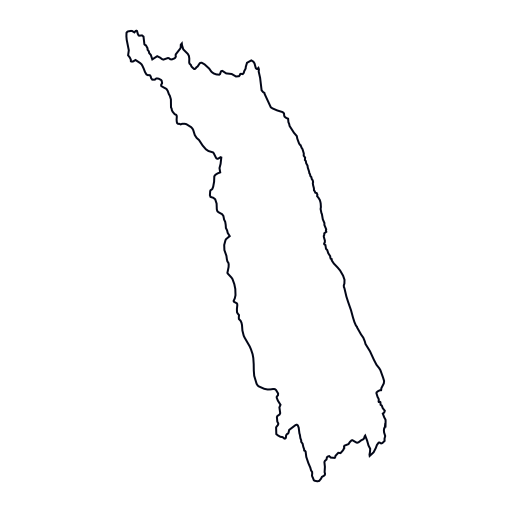 the district of Huallaga, San Martín, Peru
{"feature_id": "86281439B12799779720524", "entity_name": "Huallaga", "entity_type": "district", "adm_level": 2, "iso_a3": "PER", "parent_name": "Peru", "parent_adm1": "San Martín", "projection": "equal_earth", "projection_center": [-76.922, -6.751], "detail": "fine", "context": "isolated", "style": "outline", "palette": "ink", "viewbox_px": 512, "rotation_deg": 0, "n_neighbors": 0, "source": "geoboundaries", "source_scale": "gbopen_adm2", "svg_char_len": 5993}
<svg xmlns="http://www.w3.org/2000/svg" viewBox="0 0 512 512"><path d="M344.4,283.5L344.5,279.8L343.1,275.7L340.1,270.5L337.7,267.6L333.8,263.5L331.8,260.5L331.7,259.1L330.7,258.7L330.3,257.5L330.2,256.2L328.3,253.3L327.2,250.0L326.0,248.8L325.4,245.0L324.4,244.4L324.1,243.9L324.2,243.3L324.8,242.4L324.9,240.7L323.8,236.8L323.8,235.8L324.2,235.1L324.3,233.3L326.3,231.8L325.9,230.3L326.2,229.3L324.4,225.0L324.4,223.0L322.8,219.3L321.9,214.1L321.4,213.0L320.6,209.0L320.9,207.1L320.7,203.6L320.4,202.0L319.8,200.0L318.6,198.0L317.1,196.1L317.4,194.8L316.7,193.1L315.3,192.7L314.7,191.2L314.0,190.4L313.9,188.2L313.1,185.2L312.8,183.1L313.1,182.1L312.7,180.3L311.8,179.1L311.3,177.0L310.4,176.1L310.0,174.2L309.3,173.1L309.1,171.6L307.8,167.7L307.5,165.6L306.2,163.3L305.8,161.0L304.9,160.0L305.1,157.6L303.7,155.7L303.8,153.5L302.5,149.1L301.6,147.8L300.6,145.2L299.9,144.8L299.0,143.3L297.3,138.7L296.8,136.1L293.9,132.7L289.6,126.0L289.2,124.1L288.4,122.1L288.1,118.7L286.3,118.0L284.6,116.7L284.2,115.7L284.0,113.4L282.6,112.1L277.1,110.4L272.5,108.4L270.8,107.3L264.7,94.1L264.4,92.9L263.1,92.1L261.6,90.3L260.1,77.8L258.7,71.6L258.9,69.3L258.4,67.9L257.3,69.0L256.6,68.9L255.8,68.1L254.5,63.4L253.4,61.7L251.3,60.4L247.0,62.8L245.8,66.8L245.6,68.6L244.2,71.2L243.8,72.8L242.7,74.1L240.8,73.8L240.1,74.2L239.8,75.2L239.0,76.2L236.0,76.5L231.7,74.0L226.2,73.4L222.4,70.9L221.3,71.1L220.9,71.6L220.0,74.1L219.2,74.7L216.3,74.4L213.8,73.5L212.2,72.4L211.3,71.6L209.2,68.6L204.6,64.4L202.0,62.9L201.2,62.7L199.8,63.2L197.6,66.5L196.3,67.4L195.8,68.2L194.8,69.0L194.1,69.0L192.2,67.3L191.4,66.4L190.9,65.0L189.5,63.6L189.2,62.4L189.3,58.6L188.9,55.9L187.8,53.9L183.3,49.4L182.0,45.2L181.8,43.5L180.8,44.7L180.7,47.6L180.3,48.5L175.8,54.3L175.6,55.1L175.8,56.6L175.2,57.8L174.2,58.5L171.9,59.4L171.1,59.4L170.2,59.2L168.9,58.2L168.0,58.0L163.4,59.6L162.0,59.1L160.2,57.7L157.2,56.2L152.3,59.4L150.8,54.9L149.2,53.1L148.8,51.3L147.6,49.8L147.5,48.2L145.9,45.3L144.8,44.8L144.4,44.3L143.5,36.6L142.0,35.4L139.1,35.7L138.6,35.4L137.8,33.9L137.0,31.0L136.4,30.7L135.6,31.0L134.4,32.4L132.1,31.0L131.0,30.9L128.0,31.4L127.3,31.8L126.5,32.8L126.4,36.4L126.7,39.8L128.8,50.3L128.1,55.3L129.8,57.5L130.8,59.6L130.9,61.3L131.8,61.6L133.0,61.5L135.5,60.0L140.2,63.1L141.6,64.4L142.4,65.8L143.7,68.6L145.0,72.0L146.4,74.4L147.6,75.1L149.8,75.2L150.7,76.4L151.1,78.1L152.3,79.7L154.8,79.7L155.9,78.7L156.8,78.4L158.7,78.7L161.1,80.0L161.6,80.6L162.1,82.9L162.0,83.5L161.3,84.4L161.1,85.1L161.4,86.2L166.5,89.0L167.7,90.9L168.9,94.2L169.8,95.7L170.9,99.4L171.0,107.4L171.6,108.6L171.9,110.3L172.7,111.8L174.7,114.2L176.1,114.8L176.6,115.5L176.8,116.7L176.6,119.7L176.8,121.9L177.2,123.2L178.2,123.9L179.6,123.9L180.6,124.4L182.2,123.8L184.7,123.8L186.4,124.2L191.2,127.2L192.5,128.7L193.2,130.0L194.8,135.1L196.7,138.0L199.0,140.0L202.6,145.5L205.9,149.3L208.4,151.0L213.0,152.4L213.7,153.2L216.0,157.8L216.6,158.5L217.5,158.8L218.3,158.6L220.5,157.2L221.3,157.5L220.6,163.8L219.5,168.1L220.2,172.4L217.6,173.4L215.4,174.8L214.3,176.3L214.1,181.7L213.2,186.6L212.4,188.8L211.9,189.4L210.6,190.2L210.2,191.1L209.9,195.2L210.5,196.9L213.3,197.8L215.2,199.3L216.6,203.6L216.8,209.2L217.2,210.8L217.7,211.6L218.8,212.4L222.1,214.2L223.4,216.0L224.1,219.6L225.2,221.8L225.7,224.9L225.9,228.0L227.1,230.4L227.7,232.9L229.7,236.1L226.2,239.0L225.5,240.1L224.2,245.0L224.4,250.1L226.4,255.8L226.9,259.4L227.4,261.4L228.4,262.9L228.7,264.4L228.6,267.0L227.4,272.9L227.8,273.6L231.5,277.6L232.5,279.1L234.3,284.1L235.3,289.0L235.5,295.2L234.8,298.3L233.6,301.0L234.0,301.8L236.8,303.3L237.2,304.0L237.3,305.3L236.9,309.1L237.0,312.2L237.6,313.4L239.0,315.1L238.8,317.5L238.9,319.0L240.6,320.8L241.5,322.8L242.0,325.1L242.4,330.5L243.7,335.7L244.6,337.6L249.7,346.4L251.0,349.4L252.6,354.2L253.3,358.1L253.7,364.1L253.8,370.6L254.2,375.8L256.6,383.8L257.7,385.5L258.6,386.3L264.2,388.8L267.6,389.5L270.5,389.4L273.1,389.0L274.8,389.1L276.0,390.0L278.1,393.5L278.0,395.2L276.8,396.6L276.7,397.7L277.9,400.7L280.5,404.8L279.4,407.4L280.2,413.1L279.6,414.5L277.4,416.0L276.9,417.1L277.3,421.6L278.2,423.3L278.3,423.9L277.8,425.2L276.5,426.7L276.1,427.5L276.3,434.1L277.9,435.4L280.4,436.8L282.6,437.1L284.4,438.6L285.0,438.6L285.6,438.2L285.9,437.5L286.1,435.4L286.6,434.6L287.1,434.0L288.1,433.5L288.5,432.8L289.2,429.9L295.5,425.1L296.8,424.7L297.8,425.4L298.7,427.7L299.4,433.3L299.9,434.9L300.4,438.2L301.2,440.3L301.2,441.8L302.6,443.7L303.3,446.9L304.1,449.1L304.2,450.5L305.2,451.0L305.6,451.6L306.3,457.0L308.4,463.2L310.3,467.6L311.1,470.5L312.1,471.9L312.2,473.5L312.0,475.6L312.3,476.6L312.9,477.8L313.8,480.2L314.5,480.7L317.4,481.3L319.2,480.9L321.0,478.7L321.9,476.9L323.9,475.8L324.9,474.8L325.0,473.5L324.6,472.2L324.9,466.9L324.4,462.1L324.9,460.9L326.5,459.5L326.9,457.3L327.9,456.5L329.2,456.1L330.8,457.6L334.7,457.9L335.2,457.1L335.5,455.8L338.3,452.8L340.5,453.1L342.5,450.9L343.6,449.4L343.8,448.5L344.3,448.0L344.0,446.7L344.4,445.7L348.5,444.1L349.8,442.1L351.5,440.4L352.4,440.2L356.5,442.6L357.5,442.7L358.7,442.2L361.2,440.3L363.4,439.2L364.1,438.2L364.7,436.3L365.2,435.6L367.1,440.6L368.5,445.5L370.2,448.8L370.0,451.9L369.5,454.6L369.7,455.9L373.6,452.3L375.8,448.0L376.9,445.0L378.5,442.8L378.9,442.5L379.6,442.5L380.7,443.3L381.4,443.4L382.4,443.0L384.6,440.9L384.5,438.8L385.2,436.0L384.1,432.5L383.9,430.4L384.1,428.7L384.3,428.0L384.8,427.6L384.9,426.9L385.1,425.0L385.5,425.4L385.6,420.9L385.5,419.7L384.2,417.3L382.8,413.6L384.2,412.5L384.8,410.8L382.7,408.1L381.8,405.6L380.6,404.8L380.4,402.2L380.1,401.9L378.8,402.0L378.6,401.7L378.8,399.8L378.5,398.6L377.6,397.0L376.4,393.1L376.6,392.4L377.7,391.4L379.7,390.3L381.1,390.2L381.4,388.1L383.8,383.4L384.1,381.0L383.1,377.7L380.4,370.2L379.2,368.2L376.5,364.8L373.9,359.8L370.0,351.3L365.5,344.0L364.8,341.4L363.3,337.7L361.0,334.4L357.1,327.5L357.0,326.9L355.9,325.5L354.4,322.0L353.0,317.6L351.0,310.2L348.1,301.9L346.4,296.6L344.4,288.1L343.9,287.1L343.8,285.4L344.4,283.5Z" fill="none" stroke="#020617" stroke-width="2"/></svg>